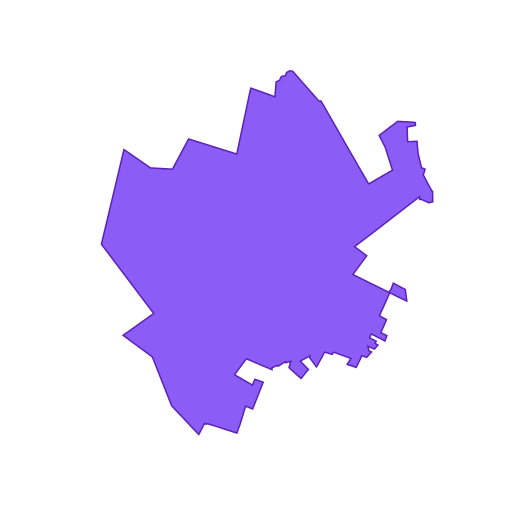 outline of Villa de Arista, San Luis Potosí, Mexico, rotated 197°
{"feature_id": "50627088B5681346085282", "entity_name": "Villa de Arista", "entity_type": "district", "adm_level": 2, "iso_a3": "MEX", "parent_name": "Mexico", "parent_adm1": "San Luis Potosí", "projection": "mercator", "projection_center": [-100.881, 22.664], "detail": "fine", "context": "isolated", "style": "filled", "palette": "violet", "viewbox_px": 512, "rotation_deg": 197, "n_neighbors": 0, "source": "geoboundaries", "source_scale": "gbopen_adm2", "svg_char_len": 3204}
<svg xmlns="http://www.w3.org/2000/svg" viewBox="0 0 512 512"><g transform="rotate(197 256 256)"><path d="M142.7,430.1L144.2,429.8L144.2,430.0L159.9,426.2L163.0,421.8L165.4,418.6L167.2,416.0L173.5,407.3L164.2,397.7L150.6,378.0L169.3,357.9L171.0,359.4L173.2,361.5L178.6,366.5L180.5,368.3L181.5,369.2L182.4,370.1L184.8,372.1L186.9,374.3L195.9,382.6L197.2,383.9L197.4,384.0L206.1,392.2L239.2,423.3L241.1,422.5L274.9,443.4L277.9,442.9L280.3,440.6L280.7,436.7L283.7,435.6L284.4,434.4L284.8,430.9L287.6,428.4L284.5,413.8L309.9,415.1L310.0,413.5L304.2,347.9L354.7,348.2L358.4,329.3L359.0,326.2L361.3,314.6L382.6,309.4L413.4,319.2L411.0,281.7L407.3,222.1L337.0,171.1L359.9,141.3L325.6,129.2L292.8,88.0L285.2,83.7L268.3,74.1L267.2,73.4L258.5,68.6L256.3,80.9L256.1,80.7L255.8,80.6L255.4,80.5L255.0,80.5L254.7,80.6L254.3,80.7L254.2,80.8L254.1,81.0L253.9,81.2L253.7,81.4L253.3,81.5L252.8,81.6L252.7,81.4L244.8,81.5L232.8,81.2L222.5,81.1L222.1,89.7L222.0,95.6L222.0,99.9L222.1,109.3L217.6,109.0L214.5,108.7L212.2,137.4L221.0,137.8L221.7,131.5L226.0,132.5L235.8,134.8L238.8,135.5L241.8,136.2L235.2,154.9L218.5,153.1L211.3,152.4L207.5,152.0L208.0,153.9L205.1,156.3L203.6,157.6L202.6,157.1L196.9,163.6L196.2,162.7L191.9,165.6L191.9,165.2L191.9,164.8L192.1,164.5L191.9,162.0L191.8,158.9L188.1,157.1L186.4,156.3L181.3,153.9L177.1,152.1L176.3,154.0L175.4,156.3L174.0,159.8L172.7,162.8L182.9,168.4L175.2,176.3L175.0,174.5L165.8,167.6L165.1,170.2L164.4,173.7L163.1,179.8L163.0,180.8L162.9,181.0L162.3,184.2L154.5,184.1L153.7,186.7L153.0,186.7L144.6,186.3L135.9,185.8L135.3,185.8L137.1,179.0L135.6,178.9L130.1,178.8L127.6,178.7L126.0,189.0L125.8,190.2L125.6,191.6L120.5,191.4L119.4,193.8L119.0,194.7L118.6,195.5L117.9,196.9L117.4,198.0L120.2,198.3L120.7,199.1L121.4,200.4L121.7,200.9L122.1,201.5L122.7,202.5L115.6,201.5L114.3,204.4L113.7,205.6L113.3,206.5L116.7,207.3L116.1,209.6L119.2,210.2L121.1,210.6L123.5,211.0L123.0,215.1L122.3,215.0L118.6,214.4L115.4,213.8L114.8,213.7L113.1,213.4L110.1,212.8L109.3,212.7L107.9,212.4L107.7,215.5L107.6,218.2L108.7,218.3L109.7,218.5L114.2,219.1L113.9,221.4L113.9,221.6L113.4,226.0L113.0,229.5L112.7,232.2L112.6,233.3L113.3,233.5L116.2,234.0L120.5,234.9L120.5,235.3L120.2,237.0L120.1,238.1L120.0,239.2L119.2,245.0L117.4,259.9L116.6,259.8L112.6,259.2L107.4,258.3L106.5,258.2L104.9,258.0L103.4,257.7L103.2,257.7L98.8,257.0L98.6,257.0L103.4,267.6L107.6,268.4L111.7,269.2L116.7,270.2L116.8,268.7L117.2,263.1L118.7,260.2L126.7,261.5L137.9,263.3L147.6,264.9L157.9,266.6L155.1,274.8L153.2,280.0L151.7,284.4L151.0,286.3L150.2,288.6L163.5,293.4L164.5,293.8L163.2,295.5L162.4,296.7L154.6,307.5L153.2,309.4L151.3,312.1L146.7,318.6L143.9,322.5L142.0,325.3L140.9,326.8L140.4,327.5L138.2,330.5L137.1,332.1L136.9,332.4L135.2,334.8L134.8,335.4L133.5,337.2L133.1,337.8L132.6,338.5L132.2,339.0L129.3,343.2L129.2,343.3L128.8,343.8L126.7,346.8L123.9,350.7L123.9,350.8L122.5,352.7L122.1,353.2L120.6,355.4L118.6,358.2L117.0,360.4L116.1,357.9L114.8,358.5L106.0,357.4L105.6,358.0L102.8,359.4L106.0,369.4L106.4,369.2L109.7,372.4L119.7,382.4L119.7,388.5L123.5,388.8L130.9,401.3L135.6,412.8L144.4,409.6L149.2,423.5L141.7,427.5L142.2,429.0L142.7,430.1Z" fill="#8b5cf6" stroke="#5b21b6" stroke-width="1.5"/></g></svg>